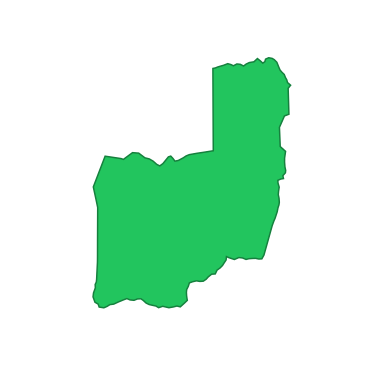 outline of Girau do Ponciano, Alagoas, Brazil, rotated 58°
{"feature_id": "56859067B72153496199233", "entity_name": "Girau do Ponciano", "entity_type": "district", "adm_level": 2, "iso_a3": "BRA", "parent_name": "Brazil", "parent_adm1": "Alagoas", "projection": "albers", "projection_center": [-36.839, -9.793], "detail": "fine", "context": "isolated", "style": "filled", "palette": "green", "viewbox_px": 384, "rotation_deg": 58, "n_neighbors": 0, "source": "geoboundaries", "source_scale": "gbopen_adm2", "svg_char_len": 2013}
<svg xmlns="http://www.w3.org/2000/svg" viewBox="0 0 384 384"><g transform="rotate(58 192 192)"><path d="M279.6,268.7L280.7,265.2L283.2,262.8L282.2,257.2L281.4,253.4L279.2,252.5L277.0,251.5L274.1,249.9L271.9,248.2L270.0,245.1L267.7,242.4L268.4,239.1L269.7,235.3L272.0,232.7L273.6,229.7L273.5,226.3L272.6,223.2L272.1,218.9L273.8,215.7L271.5,212.1L271.3,208.5L270.5,205.1L269.2,202.4L267.7,199.1L265.0,197.0L267.1,195.6L269.2,193.9L271.7,191.8L272.4,187.0L274.7,184.1L277.8,181.9L278.7,179.1L280.3,176.1L281.9,173.3L284.2,170.9L285.7,168.2L283.6,164.4L263.0,141.8L259.8,137.7L258.4,135.6L256.4,133.2L253.9,130.2L250.9,127.4L249.0,125.1L247.0,123.4L243.4,121.5L239.9,120.2L237.1,118.1L234.1,115.5L229.9,114.3L227.6,113.0L228.0,110.0L229.1,107.3L226.3,106.3L225.2,102.6L223.3,101.1L220.0,99.9L215.6,97.6L212.3,95.5L207.1,91.1L204.8,91.8L200.2,93.1L186.5,85.3L183.5,83.6L176.5,73.3L177.4,68.6L155.0,55.5L153.7,51.8L149.8,53.0L147.1,52.2L144.4,52.1L141.2,51.5L138.0,52.3L135.2,52.7L131.9,52.2L127.0,51.3L123.4,52.1L121.2,53.2L118.8,55.8L118.3,59.2L120.1,61.2L120.2,63.7L116.9,64.6L113.5,65.8L114.4,70.5L112.6,74.8L112.2,78.3L112.5,81.5L109.3,83.4L107.2,86.1L106.9,90.0L104.5,91.5L102.1,93.7L101.3,98.0L100.4,101.1L99.6,104.0L99.2,106.4L98.3,108.8L168.3,152.1L164.8,160.4L161.8,167.3L158.9,174.5L158.3,177.9L158.4,181.2L158.0,186.9L156.8,190.1L153.3,190.4L150.3,191.0L149.7,193.4L152.5,201.6L152.8,205.5L149.8,207.3L145.3,208.6L141.3,210.7L138.1,213.8L130.8,216.6L127.1,221.6L128.0,232.9L126.1,234.4L115.6,246.7L135.4,273.0L146.8,277.1L155.2,280.2L182.6,297.5L196.3,306.1L199.6,308.2L201.6,309.5L215.7,319.3L217.7,320.9L219.1,323.1L222.1,324.8L225.4,329.0L228.5,331.5L234.1,332.7L237.3,331.0L240.4,331.7L243.5,328.1L244.0,324.7L244.0,321.3L245.6,317.8L246.3,312.3L247.2,307.0L247.9,303.7L250.7,301.7L253.1,298.6L253.8,294.9L255.5,291.9L258.1,290.8L261.8,289.8L264.7,288.0L267.1,285.6L269.6,283.0L272.4,281.6L273.4,277.4L276.2,274.6L277.9,272.9L279.6,268.7Z" fill="#22c55e" stroke="#15803d" stroke-width="1.5"/></g></svg>